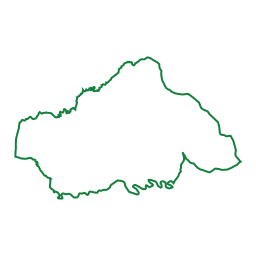 outline of Tarnova, Caras-Severin, Romania
{"feature_id": "2599482B16006768624412", "entity_name": "Tarnova", "entity_type": "district", "adm_level": 2, "iso_a3": "ROU", "parent_name": "Romania", "parent_adm1": "Caras-Severin", "projection": "natural_earth1", "projection_center": [21.989, 45.335], "detail": "fine", "context": "isolated", "style": "outline", "palette": "green", "viewbox_px": 256, "rotation_deg": 0, "n_neighbors": 0, "source": "geoboundaries", "source_scale": "gbopen_adm2", "svg_char_len": 5657}
<svg xmlns="http://www.w3.org/2000/svg" viewBox="0 0 256 256"><path d="M230.6,135.8L226.5,136.3L224.1,135.1L223.2,134.9L222.0,134.9L220.5,134.3L219.8,132.8L219.3,127.5L218.1,122.4L213.8,118.2L209.4,114.1L208.3,112.2L207.2,111.2L203.5,109.7L201.0,107.8L199.0,102.5L190.8,95.7L188.3,94.0L186.3,94.0L183.7,94.4L181.2,94.4L175.4,93.4L171.4,91.6L169.9,90.1L168.1,89.4L166.2,88.0L165.0,85.9L162.1,80.1L161.2,74.5L161.4,71.0L159.7,68.2L159.3,66.2L159.3,64.2L157.9,62.8L152.7,59.7L151.1,58.6L149.3,57.8L147.4,57.4L144.4,59.3L141.2,59.3L139.5,60.2L138.6,61.5L137.7,61.7L137.1,62.2L136.6,62.8L135.3,63.3L134.5,64.9L134.1,65.3L133.2,65.2L132.3,64.4L132.0,63.5L131.9,62.6L131.6,62.3L131.3,62.5L130.8,62.5L130.3,62.2L129.2,61.8L128.7,62.3L127.6,61.9L126.8,62.6L126.1,62.6L124.9,63.1L124.0,64.0L123.5,65.1L123.0,65.5L121.5,66.2L121.4,67.5L118.9,69.2L118.5,72.6L111.2,78.3L111.2,79.0L110.9,79.6L110.0,80.2L107.4,82.8L106.6,82.9L106.2,82.6L105.7,84.1L105.5,84.6L104.5,84.7L103.0,84.3L102.2,85.1L101.6,85.1L101.8,86.3L101.7,86.7L101.2,87.2L100.3,87.7L99.5,87.7L99.5,89.0L98.9,89.6L99.0,89.9L98.8,90.5L97.9,90.2L97.6,90.3L98.1,90.8L97.7,91.0L96.5,90.8L95.1,90.9L94.1,91.2L93.7,91.1L93.5,90.8L93.5,88.9L94.0,88.8L94.2,88.4L94.7,87.9L94.4,87.0L93.9,86.9L93.1,87.7L93.2,88.5L93.0,89.1L92.3,89.1L92.2,89.3L92.1,89.8L91.0,90.3L90.6,90.0L90.4,89.5L90.6,89.0L90.9,88.9L91.1,89.0L91.5,88.4L91.5,88.2L91.0,87.7L90.4,87.9L90.3,88.1L89.8,88.5L89.3,88.5L88.8,89.9L88.3,90.3L87.6,90.4L86.3,89.5L85.6,91.1L84.5,91.3L83.7,90.8L83.2,90.2L83.3,90.8L82.7,91.2L82.6,92.8L82.3,93.4L81.7,93.7L81.0,93.6L80.7,94.0L80.4,95.0L79.7,95.3L79.2,96.1L78.1,96.5L77.5,97.1L76.9,97.3L77.1,97.9L76.9,99.4L76.4,100.8L76.4,101.4L77.0,102.2L76.9,102.8L76.6,103.7L76.4,105.0L75.4,107.7L75.3,109.5L73.9,108.3L73.5,108.5L73.2,108.0L72.4,108.3L71.8,108.8L71.0,109.1L70.4,109.7L70.6,110.5L70.5,111.6L69.8,112.1L69.2,112.9L68.8,112.9L68.6,111.5L68.3,111.4L68.3,112.1L67.8,112.4L67.8,112.9L67.6,113.0L67.4,112.4L67.2,112.4L67.1,112.5L67.2,112.8L66.6,113.1L66.2,111.6L66.6,111.3L66.1,110.9L65.9,110.7L65.9,110.2L65.2,109.4L64.2,109.1L63.9,109.5L63.6,111.2L63.4,111.9L62.8,112.6L62.2,112.5L60.3,111.8L60.0,112.0L59.7,113.7L60.2,114.1L58.9,114.9L59.9,115.3L60.6,115.2L60.7,115.9L58.6,116.6L58.6,117.1L57.5,117.0L56.2,117.4L54.9,117.0L54.2,116.1L52.6,114.7L52.0,113.7L51.3,113.3L49.2,112.9L47.2,112.8L46.0,112.4L45.2,112.8L42.9,113.0L42.2,113.5L41.7,113.6L39.7,112.1L38.8,113.1L38.4,114.8L37.8,115.5L37.2,116.0L36.7,117.4L35.9,118.3L35.3,118.6L33.7,119.1L33.3,119.1L32.3,118.6L30.9,117.1L30.4,116.8L29.6,117.1L27.5,119.0L26.1,119.0L25.7,119.4L25.3,120.3L25.0,120.5L24.4,120.6L22.5,119.9L22.1,120.1L21.8,120.3L21.5,121.0L20.4,122.2L19.5,122.6L19.5,123.8L19.2,124.7L19.0,126.7L18.9,128.4L18.3,129.9L18.1,131.1L17.5,133.0L16.1,138.7L15.9,140.6L15.8,146.4L15.9,148.0L15.5,151.9L15.4,156.7L18.3,157.4L20.8,158.4L25.1,158.8L27.3,158.5L29.4,158.0L30.5,157.9L31.7,158.3L32.6,159.4L34.9,159.7L35.5,160.6L35.5,161.5L36.4,162.1L37.0,162.0L37.4,162.3L37.5,162.7L36.6,162.9L36.5,163.9L37.0,163.8L37.5,164.5L37.0,164.9L37.4,165.4L37.2,165.6L37.3,165.8L38.4,166.3L38.8,166.8L40.4,170.3L42.5,172.8L44.2,175.3L44.6,175.6L45.7,175.6L47.5,177.5L49.6,178.2L50.2,178.2L50.6,178.6L49.9,178.7L50.0,179.0L50.6,179.2L50.3,179.5L50.4,180.6L50.1,184.5L49.8,186.1L49.9,187.1L50.7,188.2L51.8,189.1L53.5,190.1L53.8,190.7L53.7,191.7L54.1,192.2L54.4,192.3L54.7,191.8L55.2,191.6L56.1,191.7L57.4,192.4L58.2,193.1L59.2,194.6L59.5,195.3L59.3,196.2L59.0,196.8L57.9,197.5L57.9,197.8L58.5,198.4L61.7,198.6L62.4,198.4L62.4,197.8L61.4,195.6L61.2,194.9L61.6,194.3L62.7,193.5L63.1,193.4L65.3,194.1L66.4,194.3L68.3,193.8L69.6,193.9L71.1,194.8L72.4,196.2L73.4,197.0L74.3,197.5L75.6,197.6L77.1,197.3L77.7,196.8L78.4,195.8L79.1,193.9L79.6,193.4L82.0,193.6L84.3,192.8L84.8,192.9L86.9,194.7L87.6,194.9L88.0,194.7L89.4,191.9L89.8,191.6L91.5,191.7L94.0,192.4L96.8,192.8L97.5,192.3L98.5,190.8L99.0,190.5L99.5,190.4L100.6,190.8L101.3,190.7L103.5,189.9L106.2,189.9L108.0,189.0L109.9,187.5L110.6,185.5L111.4,184.7L116.4,181.2L117.3,180.6L118.0,180.5L118.9,180.6L122.2,181.2L123.5,181.7L124.1,182.2L124.5,182.6L124.8,183.5L125.0,184.9L125.5,186.5L129.0,191.7L129.8,192.1L137.2,194.5L137.9,194.4L138.4,194.0L138.7,193.4L138.7,192.9L138.4,192.1L136.4,189.0L133.5,187.3L133.0,186.4L133.2,185.9L134.3,185.1L135.2,185.0L135.8,185.1L140.4,187.6L141.8,188.6L143.2,189.1L144.3,189.2L145.3,189.0L145.8,188.4L145.9,187.9L145.8,186.0L146.0,185.4L146.8,185.4L148.3,186.6L149.4,187.1L149.8,187.0L152.4,185.9L152.9,185.3L152.8,184.6L152.1,184.0L150.6,183.1L149.5,182.0L148.9,181.3L148.7,180.7L148.6,180.0L148.9,179.8L150.6,179.9L155.7,181.6L156.2,182.1L158.0,185.8L159.0,186.6L160.7,187.6L161.4,187.3L161.6,187.0L161.7,185.9L161.3,184.5L160.6,183.1L160.6,182.6L161.1,181.7L162.4,181.3L163.8,181.5L165.3,182.4L165.6,183.1L165.8,186.6L166.2,187.2L166.9,187.6L168.2,188.2L169.4,188.4L172.4,187.4L172.6,187.1L171.6,185.9L170.5,185.2L168.3,184.5L167.7,183.9L167.6,183.3L168.1,182.6L169.7,181.4L171.0,181.2L172.1,181.6L173.6,183.2L174.1,182.0L174.9,180.7L178.2,176.4L179.1,173.7L179.9,172.5L180.9,171.6L180.4,169.8L180.6,168.9L181.1,167.7L180.9,165.8L181.4,164.2L183.6,161.0L184.0,159.6L184.0,158.5L183.8,156.6L182.6,152.2L183.4,153.9L185.2,156.6L185.7,157.7L186.0,158.7L188.0,160.2L190.0,162.4L191.2,163.1L193.3,163.4L193.8,163.6L195.5,165.6L197.9,168.0L200.5,169.5L202.4,169.9L204.0,170.6L208.9,172.2L209.5,172.3L210.0,172.1L211.7,171.2L214.6,169.0L215.7,168.6L219.7,169.2L221.5,169.8L222.9,169.9L227.6,169.5L231.8,167.6L234.4,166.1L236.9,165.0L238.6,163.1L240.2,161.8L240.6,161.7L235.8,156.1L235.3,154.0L235.9,150.1L233.3,140.7L230.6,135.8Z" fill="none" stroke="#15803d" stroke-width="2"/></svg>